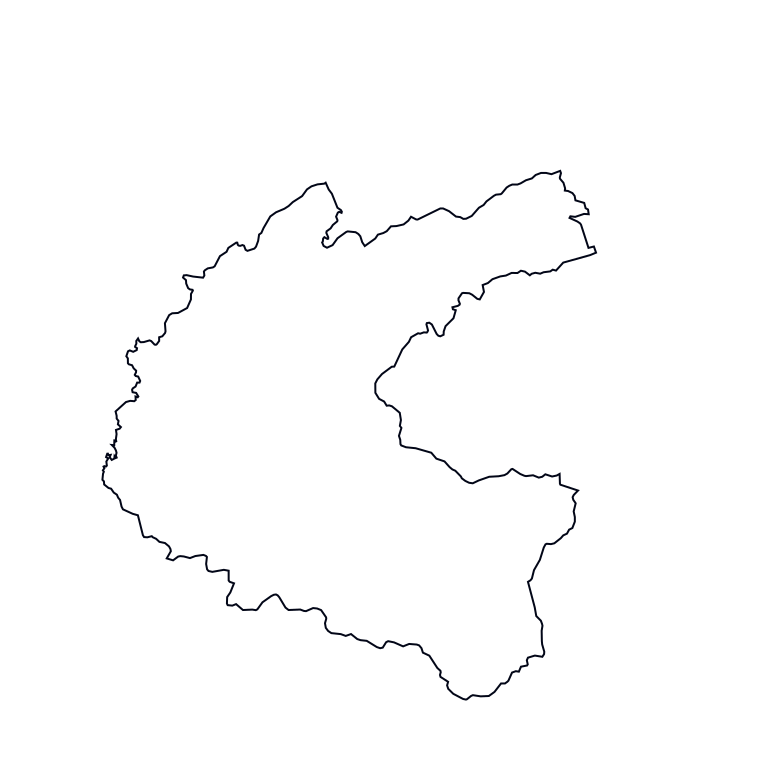 outline of Duc Trong, Lâm Đồng, Vietnam, rotated 22°
{"feature_id": "81297802B43116981701202", "entity_name": "Duc Trong", "entity_type": "district", "adm_level": 2, "iso_a3": "VNM", "parent_name": "Vietnam", "parent_adm1": "Lâm Đồng", "projection": "orthographic", "projection_center": [108.368, 11.695], "detail": "fine", "context": "isolated", "style": "outline", "palette": "ink", "viewbox_px": 768, "rotation_deg": 22, "n_neighbors": 0, "source": "geoboundaries", "source_scale": "gbopen_adm2", "svg_char_len": 6165}
<svg xmlns="http://www.w3.org/2000/svg" viewBox="0 0 768 768"><g transform="rotate(22 384 384)"><path d="M601.8,628.1L604.7,617.8L608.3,616.4L609.9,613.9L610.5,612.5L610.8,603.6L613.8,600.9L616.8,600.2L616.9,594.8L622.1,591.4L622.3,590.1L619.9,586.6L620.0,583.8L625.6,579.3L633.0,577.6L633.6,574.5L632.9,572.2L628.2,566.2L626.7,563.3L622.6,553.7L621.5,548.8L620.3,547.1L618.1,544.7L612.1,542.1L607.4,534.6L591.6,513.5L593.3,511.2L594.0,509.0L592.8,500.4L594.4,488.7L593.4,475.8L593.8,472.2L594.7,471.2L598.8,469.9L601.6,467.9L605.7,460.7L606.9,457.2L609.7,454.2L610.2,449.7L612.6,447.0L612.5,440.1L610.8,435.9L607.6,431.1L606.4,422.8L602.9,420.5L601.3,418.3L601.5,415.8L603.8,410.1L585.3,411.3L584.5,410.6L580.5,401.6L578.4,404.2L574.5,406.8L567.4,407.3L565.5,410.7L562.6,412.8L556.4,412.8L550.2,416.2L548.5,416.5L544.0,416.4L535.0,414.6L534.0,415.3L531.9,420.8L529.8,423.4L524.8,426.6L516.3,430.6L508.0,437.9L503.5,442.8L499.9,443.7L495.7,443.4L491.5,442.3L489.9,440.9L482.6,437.7L479.4,437.6L476.0,436.5L469.1,433.1L460.5,433.6L453.6,430.0L437.4,431.7L428.1,434.4L423.0,434.5L421.8,433.6L420.0,429.7L417.3,426.5L416.6,418.2L414.4,416.9L413.2,411.1L409.4,404.8L399.7,401.7L396.9,401.9L394.6,403.1L390.7,400.2L385.0,399.6L379.3,395.4L375.7,386.7L376.1,382.2L378.4,375.5L384.7,365.1L387.0,364.0L388.0,345.1L391.3,335.6L391.6,330.5L396.6,324.2L398.7,323.8L401.6,321.2L404.4,320.3L404.7,319.5L404.8,317.9L401.0,312.8L400.9,311.5L403.0,310.2L406.1,310.9L414.1,317.9L416.3,318.9L418.3,318.7L420.8,316.0L419.7,312.9L419.4,307.3L423.8,297.0L422.9,288.7L419.9,288.9L418.7,287.2L423.2,283.9L424.4,282.1L424.3,281.2L421.7,278.5L421.0,276.7L422.3,270.7L423.2,269.9L429.1,267.9L432.3,268.2L438.6,270.1L441.1,269.7L442.2,261.2L438.4,255.3L442.5,251.5L445.3,246.2L451.5,240.7L456.4,237.8L460.7,233.2L466.2,231.1L468.5,227.7L472.6,227.0L478.5,228.6L479.6,226.5L482.6,224.2L487.5,223.2L490.1,220.6L496.0,217.3L497.6,214.8L501.0,214.4L504.7,204.3L526.8,187.3L531.4,182.8L527.1,177.9L522.6,181.2L507.0,162.5L505.6,161.6L502.4,160.9L493.8,160.5L494.0,158.7L498.7,157.4L505.7,151.4L510.2,149.9L507.8,145.8L505.1,145.5L501.8,141.1L492.7,142.0L490.3,138.2L487.2,136.4L482.4,136.1L479.2,136.9L478.6,134.7L475.0,130.2L470.2,127.7L469.6,126.5L469.1,122.2L467.5,120.4L460.7,126.7L455.1,127.6L450.5,129.5L446.3,133.4L444.1,138.0L439.3,141.9L435.5,146.8L433.0,149.1L428.2,151.0L425.9,153.3L424.1,155.9L421.8,163.2L421.1,164.3L416.9,166.5L415.4,168.3L410.6,176.3L409.3,180.7L406.0,185.0L402.4,195.3L398.2,200.0L395.7,201.2L392.2,200.7L388.0,201.8L379.6,199.4L373.0,199.1L370.4,200.2L353.6,218.9L352.2,219.4L346.4,218.8L345.4,223.4L342.4,228.7L336.4,232.9L331.4,235.2L329.3,241.3L326.8,244.3L322.4,247.8L321.4,252.4L314.5,263.3L310.7,260.7L306.7,255.9L304.0,254.5L300.8,253.9L293.2,256.1L292.0,257.2L286.3,266.3L284.3,274.5L280.1,279.0L276.3,278.6L273.6,275.9L273.9,274.9L273.1,271.9L273.7,270.2L277.1,270.7L277.8,270.2L277.3,268.8L273.9,265.5L273.6,263.9L276.2,259.7L277.0,255.7L279.7,250.7L279.5,249.5L276.9,246.8L277.0,242.4L277.9,241.2L280.5,241.2L280.4,240.1L278.9,238.9L274.8,238.0L264.4,227.1L259.9,224.4L254.5,219.2L253.6,220.6L247.6,223.8L242.7,227.9L239.7,232.4L237.7,240.4L231.3,249.5L228.9,254.7L226.0,258.8L219.6,265.2L215.8,271.2L213.9,284.4L213.7,289.9L212.2,292.2L213.7,298.5L213.9,304.6L213.1,307.0L207.5,311.7L205.4,311.4L202.4,308.2L200.7,308.2L198.9,309.8L197.3,310.1L196.3,309.7L195.0,307.9L194.1,308.2L188.7,316.1L188.5,320.4L184.0,326.9L182.9,338.3L181.7,340.0L177.3,342.8L175.3,345.7L174.9,347.2L176.8,350.7L176.4,353.2L166.7,355.9L160.2,357.0L157.7,358.3L157.8,360.6L161.5,361.9L163.0,365.0L166.5,368.5L168.6,369.0L171.2,368.4L171.8,369.0L171.3,372.8L173.3,377.9L173.0,387.3L166.4,395.3L161.1,397.8L159.0,400.6L158.1,409.7L161.7,417.0L161.9,418.7L160.6,422.8L158.0,424.9L159.4,428.3L158.4,432.3L157.8,433.1L156.5,433.4L152.1,431.4L150.3,431.4L145.6,435.1L142.8,436.4L141.1,436.0L138.9,433.9L138.2,436.9L139.3,439.4L139.1,442.3L139.4,442.9L141.6,443.3L142.0,445.2L139.4,448.1L135.7,448.1L134.4,449.6L134.7,454.8L136.9,456.2L138.8,460.7L140.0,461.3L143.4,461.0L146.1,463.3L149.2,464.5L149.7,466.1L149.5,468.9L150.8,469.6L153.3,469.2L156.8,472.5L156.8,474.3L154.6,475.2L154.6,479.4L152.7,482.2L152.6,483.8L154.0,485.8L157.5,485.1L160.9,487.6L160.6,488.6L158.3,488.7L159.8,491.8L158.9,493.5L155.0,494.7L151.5,497.4L145.4,510.0L148.0,513.6L149.1,516.2L151.7,517.7L152.4,521.1L156.2,522.5L155.6,524.5L152.7,527.0L154.8,530.6L156.1,535.7L157.2,537.4L156.6,538.1L155.7,537.1L155.1,537.3L156.8,541.8L154.5,542.5L158.1,544.1L160.4,546.1L161.8,548.0L162.2,550.8L163.7,552.4L163.0,553.1L161.2,551.9L161.9,554.2L160.0,556.4L157.1,554.6L157.1,552.1L155.3,553.2L154.1,552.0L153.5,552.3L153.7,555.9L156.2,556.3L155.6,559.9L157.6,563.5L157.1,564.7L155.5,564.9L154.9,565.6L156.3,566.9L155.7,569.4L157.1,570.3L157.1,572.4L158.8,578.3L160.8,579.2L162.2,582.0L167.5,583.6L170.2,583.3L174.1,585.9L177.8,586.7L180.1,589.0L182.7,590.4L186.6,596.0L188.9,598.0L199.7,598.5L205.0,597.9L217.1,614.5L218.9,615.8L222.0,614.8L225.7,612.1L226.9,612.7L230.7,612.9L234.9,614.5L240.5,613.5L245.5,615.1L247.8,617.0L249.0,618.9L247.9,627.1L254.5,626.5L257.8,621.1L259.6,619.9L263.0,618.9L269.3,618.1L273.5,614.2L280.6,610.1L283.3,610.1L284.6,610.7L286.5,617.5L289.4,622.1L291.3,623.1L295.2,622.5L305.1,616.3L309.9,615.3L313.6,624.4L315.0,625.2L319.6,625.0L319.6,634.9L318.4,640.3L320.6,646.4L321.9,647.6L326.4,646.3L329.3,643.5L337.9,646.4L346.4,642.5L349.9,641.7L351.0,640.4L353.1,631.9L358.8,623.0L360.8,620.7L362.7,619.6L364.6,619.8L366.7,620.9L376.4,628.2L380.2,629.3L390.8,624.5L394.8,624.4L396.8,623.8L402.2,618.3L406.1,617.2L410.4,617.2L417.7,622.0L418.4,623.3L418.9,627.9L421.4,631.9L424.7,633.9L428.5,634.7L437.6,632.1L442.9,631.9L447.1,628.2L454.7,630.5L458.2,630.3L464.2,628.6L475.9,630.6L479.4,630.4L481.6,628.9L482.7,622.6L484.2,620.9L490.1,619.8L500.0,620.1L504.7,615.6L512.0,613.3L514.5,613.2L517.7,614.9L520.7,618.5L527.8,618.9L539.8,627.3L543.8,628.8L544.6,630.1L544.9,632.8L546.1,634.4L555.0,636.1L555.4,639.8L557.8,642.6L564.3,645.3L575.3,646.4L578.2,645.9L579.0,645.2L581.6,640.6L583.0,639.2L590.6,637.4L598.1,634.0L601.8,628.1Z" fill="none" stroke="#020617" stroke-width="2"/></g></svg>